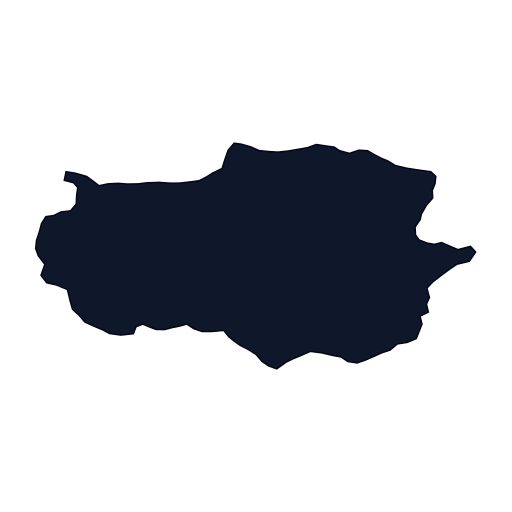 outline of São Geraldo da Piedade, Minas Gerais, Brazil, rotated 267°
{"feature_id": "56859067B84710447672664", "entity_name": "São Geraldo da Piedade", "entity_type": "district", "adm_level": 2, "iso_a3": "BRA", "parent_name": "Brazil", "parent_adm1": "Minas Gerais", "projection": "natural_earth1", "projection_center": [-42.309, -18.896], "detail": "fine", "context": "isolated", "style": "filled", "palette": "ink", "viewbox_px": 512, "rotation_deg": 267, "n_neighbors": 0, "source": "geoboundaries", "source_scale": "gbopen_adm2", "svg_char_len": 1786}
<svg xmlns="http://www.w3.org/2000/svg" viewBox="0 0 512 512"><g transform="rotate(267 256 256)"><path d="M326.1,439.7L331.0,435.0L333.5,422.0L335.8,411.0L339.1,399.8L344.1,392.5L347.1,386.1L350.7,380.0L355.3,372.9L356.3,364.3L353.6,354.7L356.8,345.0L360.7,339.7L362.1,332.3L364.2,322.0L361.5,313.2L360.4,304.1L359.2,294.1L358.6,283.4L359.7,273.8L361.1,264.7L365.4,256.2L368.5,247.0L369.8,240.1L363.1,233.7L355.3,230.5L345.2,226.7L341.0,216.8L337.7,211.0L334.2,203.2L333.5,195.3L332.8,183.8L333.2,174.3L334.6,163.1L334.8,150.4L334.2,142.0L334.6,131.3L335.8,122.0L335.8,111.9L334.4,102.9L339.0,97.6L344.3,91.1L348.1,80.1L350.1,70.7L341.6,68.5L338.7,77.7L333.6,81.6L326.4,80.1L317.3,79.2L310.8,73.1L310.2,63.5L307.0,56.2L306.3,48.2L299.6,43.5L291.7,41.0L283.0,37.6L274.9,36.4L267.7,38.6L258.7,44.7L248.0,40.3L240.2,45.6L237.6,55.0L232.4,65.9L220.1,68.2L212.3,70.0L206.1,76.2L199.0,81.6L194.9,89.5L190.2,99.2L186.3,105.6L184.1,116.8L184.8,129.5L191.6,132.5L193.9,139.4L190.9,145.5L187.9,152.3L187.3,160.8L188.9,168.5L189.9,175.5L191.6,183.4L186.7,190.0L183.4,198.3L182.9,208.0L183.4,219.8L176.7,224.7L172.1,229.8L167.6,235.5L163.0,243.5L157.5,251.1L150.4,256.5L145.6,262.8L142.2,270.8L148.5,280.7L151.4,287.6L154.0,294.9L157.9,305.3L155.8,316.7L152.7,327.4L150.7,335.8L145.9,342.0L143.9,351.3L146.3,359.7L149.4,368.0L152.7,376.4L155.0,384.9L160.8,392.6L161.8,402.5L165.1,411.7L172.1,414.9L179.2,418.2L187.3,416.7L191.0,425.2L199.0,423.7L205.5,427.0L215.0,425.0L220.8,431.1L226.8,439.7L232.6,448.5L237.2,456.1L239.6,468.8L248.5,475.6L254.4,470.7L251.8,458.0L256.1,449.2L259.7,442.0L258.3,434.7L259.9,427.7L263.5,419.7L268.8,416.4L276.7,416.4L283.5,421.7L289.5,423.5L297.8,428.9L304.7,435.5L312.2,435.5L319.0,438.6L326.1,439.7Z" fill="#0f172a" stroke="#020617" stroke-width="1.5"/></g></svg>